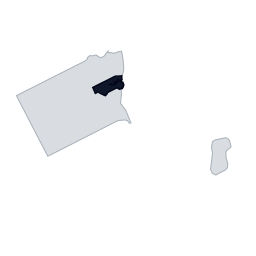 Mbini, Litoral, Equatorial Guinea shown in context, rotated 153°
{"feature_id": "11065452B69337055746076", "entity_name": "Mbini", "entity_type": "district", "adm_level": 2, "iso_a3": "GNQ", "parent_name": "Equatorial Guinea", "parent_adm1": "Litoral", "projection": "mercator", "projection_center": [9.733, 1.591], "detail": "fine", "context": "in_parent", "style": "filled", "palette": "ink", "viewbox_px": 256, "rotation_deg": 153, "n_neighbors": 0, "source": "geoboundaries", "source_scale": "gbopen_adm2", "svg_char_len": 3913}
<svg xmlns="http://www.w3.org/2000/svg" viewBox="0 0 256 256"><g transform="rotate(153 128 128)"><path d="M212.3,139.3L212.4,152.8L212.5,164.2L212.6,176.6L212.6,189.5L212.7,200.4L212.7,207.5L200.8,207.5L184.9,207.4L169.0,207.4L153.2,207.3L145.2,207.3L136.4,207.2L133.5,207.6L131.6,209.4L129.3,209.8L126.6,208.3L123.3,207.6L122.4,206.0L120.7,203.1L117.5,202.8L115.8,203.1L113.5,204.7L110.8,205.6L111.3,204.3L106.1,200.8L102.3,200.4L98.9,199.3L101.7,190.2L105.2,182.0L110.4,175.9L113.2,174.4L114.1,171.4L118.3,161.4L123.5,153.3L121.9,145.1L123.1,131.2L124.6,131.6L124.8,132.9L125.2,134.9L127.1,136.6L133.6,139.2L152.7,139.2L164.1,139.2L180.9,139.2L198.8,139.2L212.3,139.3ZM60.9,46.2L62.3,46.4L71.1,46.2L73.4,49.3L73.2,53.8L64.2,67.1L62.5,72.7L59.0,77.5L56.0,77.9L45.6,75.1L43.9,73.4L43.3,71.1L44.3,65.8L45.0,64.2L50.0,63.2L51.6,62.3L54.3,56.6L55.1,51.4L57.4,47.5L60.9,46.2Z" fill="#d9dde1" stroke="#a8b0b8" stroke-width="1"/><path d="M141.4,173.7L138.0,173.6L137.7,173.4L137.4,172.0L134.7,168.5L133.6,167.1L133.3,167.1L133.2,167.2L133.0,167.3L132.8,167.5L132.7,167.6L132.4,167.7L132.2,167.6L131.9,167.5L131.7,167.6L131.4,167.9L131.2,168.1L130.9,168.2L130.7,168.3L130.2,168.9L120.7,168.9L119.2,168.4L118.2,166.5L115.1,165.8L114.9,166.0L114.8,166.3L114.7,166.3L114.4,166.4L114.2,166.4L114.2,166.5L114.0,166.8L113.9,167.0L113.7,167.1L113.4,167.1L113.2,167.3L113.1,167.5L113.0,167.4L112.9,167.5L112.8,167.9L112.7,167.9L112.6,168.1L112.4,168.2L112.1,168.4L112.1,168.5L112.1,168.8L112.0,169.0L112.0,169.3L112.1,169.5L112.0,169.8L112.0,170.0L111.9,170.3L111.8,170.5L111.8,170.8L111.8,171.0L112.0,171.1L112.1,171.3L112.2,171.5L112.3,171.6L112.4,171.8L112.5,171.8L112.8,172.0L112.9,172.4L113.0,172.5L113.1,172.9L113.1,173.0L113.4,173.3L113.6,173.4L113.7,173.5L113.8,173.6L114.1,173.7L114.4,173.9L114.6,173.9L114.8,174.0L115.0,174.0L115.3,174.1L115.6,174.2L115.7,174.3L116.0,174.3L116.3,174.2L116.5,174.0L116.7,173.9L116.9,173.8L117.0,173.7L117.3,173.4L117.6,173.2L117.8,173.2L118.0,173.1L118.2,172.9L118.4,172.8L118.5,172.8L118.8,172.7L119.0,172.7L119.3,172.7L119.5,172.6L119.9,172.8L120.0,172.8L120.3,172.8L120.5,172.7L120.8,172.7L120.8,172.8L121.0,172.9L121.0,173.1L121.3,173.3L121.5,173.4L121.7,173.5L121.9,173.5L122.0,173.6L122.3,173.6L122.5,173.6L122.8,173.6L122.9,173.8L123.0,173.9L123.1,174.0L123.1,174.3L123.1,174.5L123.3,174.7L123.5,174.8L123.8,174.8L124.0,174.7L124.3,174.7L124.4,174.8L124.2,174.8L123.9,174.8L123.7,174.8L123.3,174.8L123.2,174.8L123.1,174.7L123.0,174.4L123.0,174.1L122.9,173.9L122.7,173.7L122.4,173.8L122.2,173.8L121.9,173.8L121.7,173.7L121.3,173.5L121.2,173.3L121.0,173.2L120.8,173.0L120.5,172.9L120.4,172.9L120.1,172.9L119.9,172.9L119.7,172.9L119.4,173.0L119.2,173.0L118.8,173.1L118.6,173.2L118.4,173.3L118.1,173.5L118.3,173.8L118.4,174.0L118.4,174.3L118.5,174.4L118.6,174.5L118.9,174.6L119.1,174.7L119.4,174.9L119.5,175.0L119.5,175.3L119.4,175.4L119.4,175.2L119.3,174.9L119.1,174.8L118.9,174.8L118.7,174.9L118.4,174.6L118.2,174.3L118.2,174.2L118.0,173.9L117.9,173.9L117.8,174.0L117.7,174.0L117.4,174.0L117.2,174.1L117.1,174.3L117.1,174.5L116.9,174.7L116.6,174.7L116.3,174.7L116.2,174.8L116.0,175.0L115.9,175.0L115.6,175.1L115.4,175.1L115.2,175.1L114.9,175.2L114.9,175.3L115.0,175.4L115.0,175.5L114.9,175.4L114.7,175.3L114.7,175.2L114.8,175.1L114.6,174.9L114.3,174.7L114.2,174.6L114.0,174.4L113.9,174.4L113.7,174.3L113.5,174.2L113.4,174.1L113.2,173.8L113.1,173.7L113.0,173.4L112.9,173.3L112.8,173.2L112.7,173.0L112.4,173.1L112.1,173.3L111.9,173.4L111.8,173.5L111.7,173.6L111.6,173.8L111.3,173.9L111.3,174.0L111.3,174.4L111.3,174.5L111.2,174.7L111.2,174.8L111.1,175.0L110.9,175.3L110.8,175.5L110.7,175.7L110.6,175.9L110.5,176.1L110.4,176.4L110.4,176.6L110.2,176.9L110.1,177.1L110.1,177.3L110.0,177.5L111.1,177.7L112.3,178.3L116.0,180.0L126.2,180.0L126.3,180.0L132.0,180.1L134.7,180.1L141.0,180.1L141.1,178.3L141.2,176.2L141.4,173.7Z" fill="#0f172a" stroke="#020617" stroke-width="1.5"/></g></svg>